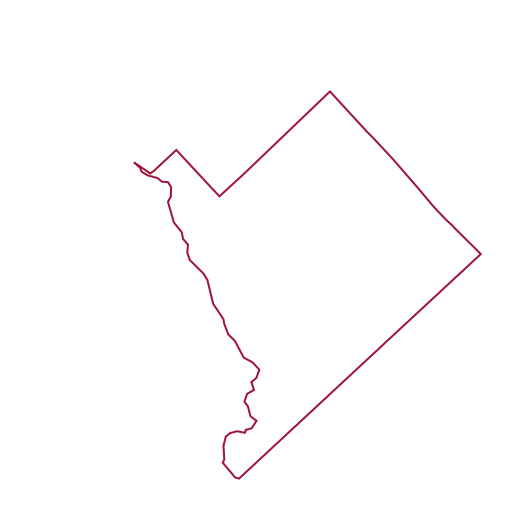 outline of Twin Falls, Idaho, United States of America, rotated 227°
{"feature_id": "52423323B42064959468604", "entity_name": "Twin Falls", "entity_type": "district", "adm_level": 2, "iso_a3": "USA", "parent_name": "United States of America", "parent_adm1": "Idaho", "projection": "robinson", "projection_center": [-114.6, 42.456], "detail": "fine", "context": "isolated", "style": "outline", "palette": "rose", "viewbox_px": 512, "rotation_deg": 227, "n_neighbors": 0, "source": "geoboundaries", "source_scale": "gbopen_adm2", "svg_char_len": 941}
<svg xmlns="http://www.w3.org/2000/svg" viewBox="0 0 512 512"><g transform="rotate(227 256 256)"><path d="M104.8,91.8L104.7,143.5L104.4,311.7L104.1,421.7L105.9,421.7L140.4,420.3L144.8,420.3L151.7,419.8L164.8,419.5L172.0,419.6L197.2,420.9L233.1,422.2L262.4,422.2L271.4,421.9L325.9,422.3L324.3,301.2L324.6,269.9L387.9,270.0L387.9,239.0L388.5,234.9L407.9,230.6L399.6,231.4L395.6,229.8L388.5,231.9L380.1,237.2L374.6,237.8L370.0,242.0L364.2,240.9L357.5,234.1L355.6,228.5L336.5,218.8L324.0,217.9L318.2,214.3L310.7,214.0L305.5,208.2L298.3,204.8L279.1,205.6L271.8,204.2L250.3,192.1L232.1,189.1L227.8,186.4L217.4,182.2L208.5,182.7L190.0,177.7L180.7,180.9L170.6,180.9L166.6,173.1L166.9,166.6L159.4,163.2L161.3,155.5L157.3,148.2L151.7,147.6L142.6,142.7L135.1,144.0L133.0,135.2L135.8,129.9L134.3,127.3L140.8,122.6L144.1,116.3L144.5,110.8L139.5,102.9L129.0,94.2L127.4,90.7L108.3,89.7L104.8,91.8Z" fill="none" stroke="#9f1239" stroke-width="2"/></g></svg>